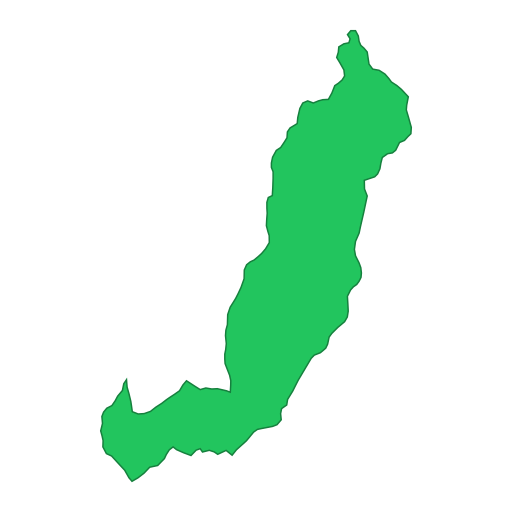 outline of Coroados, São Paulo, Brazil
{"feature_id": "56859067B91640420687906", "entity_name": "Coroados", "entity_type": "district", "adm_level": 2, "iso_a3": "BRA", "parent_name": "Brazil", "parent_adm1": "São Paulo", "projection": "robinson", "projection_center": [-50.316, -21.363], "detail": "fine", "context": "isolated", "style": "filled", "palette": "green", "viewbox_px": 512, "rotation_deg": 0, "n_neighbors": 0, "source": "geoboundaries", "source_scale": "gbopen_adm2", "svg_char_len": 2680}
<svg xmlns="http://www.w3.org/2000/svg" viewBox="0 0 512 512"><path d="M102.9,446.9L106.4,453.6L111.6,456.0L119.2,464.3L124.7,470.2L129.0,477.8L132.0,481.3L138.0,477.8L144.1,473.1L149.7,467.2L157.7,465.5L160.7,462.4L164.4,458.6L166.3,454.5L169.3,449.8L173.1,446.9L176.5,449.6L183.5,452.7L191.0,455.5L196.2,450.1L200.2,448.7L202.5,452.0L209.3,450.3L214.2,451.9L217.7,454.3L226.1,450.4L232.1,455.2L236.4,449.8L246.4,440.8L253.6,432.1L257.4,429.4L261.6,428.5L272.6,426.4L277.0,424.7L281.2,419.8L280.6,413.6L281.6,408.6L286.7,405.0L287.6,399.4L292.7,391.1L295.3,385.9L298.2,380.2L311.2,358.3L314.3,355.1L320.4,352.7L325.7,348.2L327.6,344.2L329.1,337.1L331.7,333.5L337.8,327.4L344.6,321.7L347.3,317.0L348.2,311.2L347.9,304.8L347.4,296.3L350.6,289.9L353.4,286.8L356.7,284.5L359.1,281.2L361.0,277.4L361.4,273.0L360.8,267.7L359.1,263.0L355.5,255.8L354.4,249.4L355.5,241.4L359.1,233.1L360.5,226.4L363.7,212.5L367.2,196.0L364.5,189.0L364.3,180.3L374.7,176.8L377.6,173.9L379.9,168.8L380.9,163.0L382.3,157.5L387.6,153.7L392.4,152.9L395.7,150.2L399.5,142.5L404.5,140.4L407.9,136.6L410.9,133.7L411.3,127.4L408.4,117.0L406.3,109.9L406.7,105.1L408.3,96.8L401.4,89.4L396.9,85.6L391.4,82.0L388.9,78.6L385.0,74.1L379.1,70.3L372.7,69.1L369.0,64.1L367.2,52.0L363.9,48.1L360.8,45.4L359.1,41.4L358.3,36.0L355.5,30.7L350.8,30.7L347.5,34.6L350.1,38.8L348.9,42.8L343.9,43.8L338.8,46.9L338.3,52.3L336.7,57.5L339.9,62.8L343.9,69.9L344.6,76.0L342.1,80.0L338.3,83.3L334.8,85.6L331.9,93.0L328.4,99.4L322.8,99.7L318.4,100.9L313.3,103.0L307.7,100.9L302.8,103.0L299.9,108.4L297.8,117.4L297.2,123.6L293.8,125.7L290.1,127.9L287.4,131.9L287.0,137.8L284.2,142.3L280.7,147.5L276.3,150.4L272.6,157.2L271.4,163.0L271.4,167.4L273.1,171.7L273.1,178.5L272.8,187.6L272.3,195.6L268.3,197.5L266.9,202.3L266.9,208.2L267.2,213.2L266.7,219.8L266.4,225.7L267.9,231.4L269.2,235.6L269.3,242.6L265.6,248.8L261.7,253.4L258.1,256.7L254.0,260.1L250.3,261.8L246.6,264.8L244.3,270.0L244.1,278.8L241.0,287.5L238.2,293.5L235.7,298.4L233.3,302.3L230.2,307.2L227.7,314.6L227.4,324.7L225.9,330.2L225.5,335.6L226.3,343.6L225.7,349.6L224.8,354.1L224.8,359.1L225.1,363.6L227.1,368.8L229.6,375.2L230.8,380.7L230.7,385.4L230.3,392.2L226.5,390.8L221.8,389.7L217.3,388.7L211.8,389.0L205.8,388.0L200.2,389.6L195.1,386.4L190.5,383.4L186.5,380.8L183.0,384.9L179.5,390.8L174.4,394.4L169.5,397.6L166.2,399.9L162.0,403.2L155.8,407.2L150.5,411.4L144.2,413.6L138.2,414.0L132.3,411.7L131.5,406.0L130.8,401.4L128.9,393.5L127.1,387.2L126.5,379.7L123.8,383.7L122.4,390.5L117.7,396.1L115.2,400.8L111.9,405.6L106.8,408.2L103.6,412.1L101.9,416.5L102.5,423.5L100.7,430.9L102.1,436.0L103.1,440.6L102.9,446.9Z" fill="#22c55e" stroke="#15803d" stroke-width="1.5"/></svg>